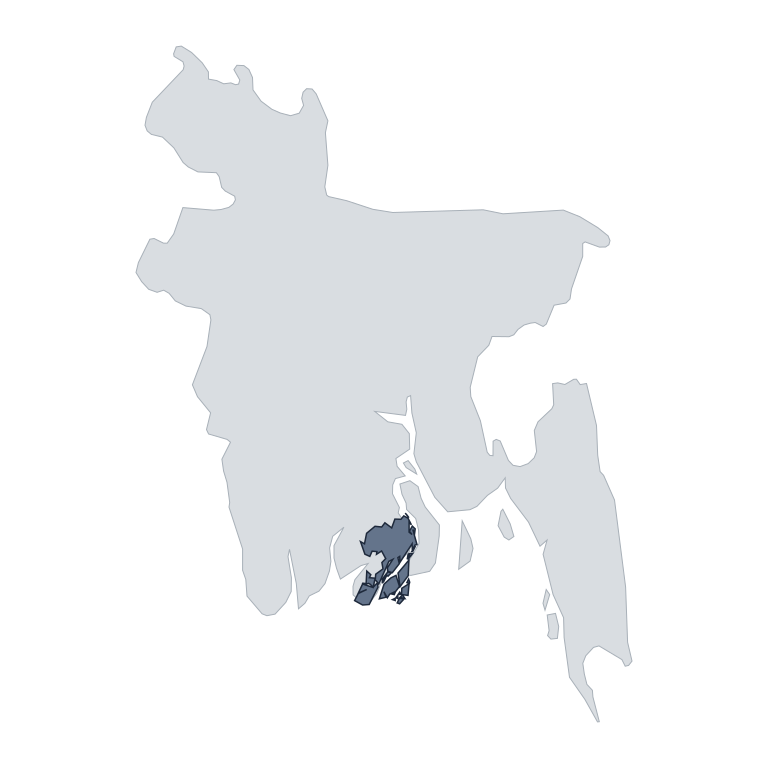 Patuakhali, Barisal, Bangladesh shown in context
{"feature_id": "16705992B49808088196813", "entity_name": "Patuakhali", "entity_type": "district", "adm_level": 2, "iso_a3": "BGD", "parent_name": "Bangladesh", "parent_adm1": "Barisal", "projection": "orthographic", "projection_center": [90.354, 22.181], "detail": "medium", "context": "in_parent", "style": "filled", "palette": "slate", "viewbox_px": 768, "rotation_deg": 0, "n_neighbors": 0, "source": "geoboundaries", "source_scale": "gbopen_adm2", "svg_char_len": 5589}
<svg xmlns="http://www.w3.org/2000/svg" viewBox="0 0 768 768"><path d="M242.6,570.3L242.6,549.0L229.0,507.1L229.7,502.5L227.0,482.3L223.6,471.1L221.9,459.2L230.5,442.2L227.1,439.4L208.6,434.0L206.5,429.6L210.6,412.8L197.5,396.7L192.4,384.8L207.0,346.5L210.9,319.9L209.9,314.7L201.3,308.6L186.0,306.1L175.3,300.9L169.1,293.3L163.7,290.2L157.1,292.3L148.7,289.3L141.7,281.7L136.0,272.5L138.4,262.6L149.9,239.2L154.1,238.5L163.6,243.2L167.2,243.2L173.7,234.0L182.9,207.6L213.7,210.2L221.1,209.5L228.8,207.4L233.1,204.1L235.4,199.9L234.7,196.2L225.3,191.1L221.7,187.4L219.2,176.7L216.4,172.7L197.9,171.9L188.3,167.0L183.1,162.5L173.9,147.9L162.5,137.1L151.4,134.4L147.2,130.9L145.0,125.3L146.4,117.4L152.3,102.2L183.2,69.7L184.1,66.0L183.0,61.8L174.1,56.4L173.6,53.8L176.2,46.9L181.3,46.1L191.6,52.5L202.2,62.8L208.4,71.9L208.5,79.1L216.8,80.6L223.7,83.8L230.9,82.9L235.5,84.7L238.6,84.1L239.8,80.0L233.9,69.6L236.9,65.3L243.9,65.6L248.9,69.5L252.5,77.5L253.0,89.9L261.1,101.2L271.9,109.3L280.3,113.0L290.5,115.7L299.2,113.2L303.6,105.4L301.7,98.4L303.1,92.2L306.6,88.7L312.1,89.0L316.2,93.9L327.9,120.8L325.4,132.7L327.9,165.3L324.8,186.9L326.7,195.1L328.7,196.6L346.7,200.7L372.8,209.3L392.8,212.5L483.2,209.8L503.0,213.8L563.3,210.1L579.8,216.7L597.9,227.7L608.1,235.9L610.0,240.6L608.9,244.7L605.6,247.0L599.4,247.1L585.1,241.9L582.7,243.5L582.7,256.4L571.5,288.9L570.0,299.0L566.0,303.0L554.1,305.2L546.3,324.1L543.1,326.5L535.2,322.5L530.3,323.2L524.1,325.0L518.0,329.4L513.8,334.8L509.0,336.7L492.0,336.5L488.8,345.3L477.7,356.8L470.2,387.3L470.8,396.6L480.4,420.8L487.2,452.2L489.8,455.4L493.0,455.7L493.1,441.2L496.2,439.4L500.2,441.0L508.4,460.4L513.0,465.3L520.1,466.6L528.2,463.6L534.2,457.8L536.6,451.6L534.3,430.5L538.0,421.8L551.8,408.8L553.7,404.8L552.6,383.6L557.8,382.9L564.9,384.5L573.7,379.3L576.4,379.2L580.2,384.6L586.5,383.5L596.5,425.5L597.7,455.2L600.1,471.6L603.6,475.3L614.5,500.0L625.6,587.0L627.6,642.3L632.0,661.1L628.6,665.4L625.2,666.2L621.9,659.6L599.0,645.9L593.5,647.4L585.8,655.7L582.8,663.3L584.3,673.9L586.9,684.4L592.4,690.3L592.9,696.9L599.3,721.7L597.5,721.9L584.9,699.4L569.5,677.3L564.1,637.4L563.6,617.7L553.1,594.6L543.1,554.3L547.1,540.0L540.0,546.2L528.5,522.1L510.7,498.5L505.5,488.0L505.2,477.8L497.7,488.1L487.4,495.4L476.9,506.4L469.9,509.7L447.7,511.8L434.8,497.3L416.3,461.8L413.9,453.7L416.3,432.8L411.9,413.0L410.6,395.6L407.3,397.1L406.1,401.9L406.8,409.3L405.5,415.4L374.7,411.4L387.8,421.8L401.9,424.3L409.3,433.6L409.7,449.1L395.9,458.5L397.1,466.3L405.2,475.9L395.4,478.6L392.7,484.9L392.5,493.8L399.4,507.5L398.2,512.9L409.9,530.8L412.2,539.4L409.3,551.5L384.0,576.1L376.7,593.5L370.4,601.7L362.6,603.2L353.1,594.9L353.0,586.4L354.9,579.7L368.1,563.5L361.0,565.6L340.4,579.1L336.5,568.1L334.0,558.0L334.0,545.6L343.9,527.2L332.7,536.3L329.6,547.9L330.9,561.4L329.4,571.1L325.0,583.6L319.0,591.1L309.3,595.9L304.9,603.3L298.5,608.8L296.3,583.5L289.5,549.3L288.0,556.6L291.4,577.8L291.2,591.5L285.8,602.4L275.1,614.1L266.9,615.7L262.1,613.8L247.0,596.1L245.8,579.5L242.6,570.3ZM429.7,571.3L410.9,575.4L401.3,574.2L419.1,543.4L418.5,529.7L415.7,518.5L406.6,509.5L406.1,503.1L402.0,494.3L399.9,484.0L409.9,480.7L418.1,486.6L421.1,498.3L425.2,507.0L439.4,525.0L439.2,536.0L435.4,563.0L429.7,571.3ZM470.1,561.1L458.7,569.3L462.2,520.8L470.8,538.8L473.0,548.4L470.1,561.1ZM513.9,536.5L508.9,540.0L504.2,537.1L498.1,525.7L501.0,511.3L502.8,509.2L510.2,523.9L513.9,536.5ZM557.4,638.4L550.9,639.1L547.6,635.6L549.1,630.7L547.2,615.0L555.5,613.4L558.7,626.5L557.4,638.4ZM549.7,594.6L545.0,610.2L543.0,603.3L546.2,589.5L549.7,594.6ZM414.8,469.1L416.7,474.1L406.2,467.6L403.4,463.0L408.1,460.6L414.8,469.1Z" fill="#d9dde1" stroke="#a8b0b8" stroke-width="1"/><path d="M362.8,583.2L362.6,583.6L364.1,584.4L368.6,583.4L370.0,584.1L373.2,587.2L374.9,579.3L378.8,583.9L388.9,561.3L392.8,559.4L387.4,567.8L387.8,571.3L392.3,572.7L399.3,563.7L397.9,557.6L399.7,556.4L400.0,562.3L412.1,543.8L412.3,549.7L415.1,545.0L417.0,544.6L412.8,529.5L414.7,532.8L415.2,528.9L412.3,526.1L409.4,531.3L412.1,534.5L409.1,532.2L409.1,522.3L411.4,524.8L408.0,518.2L403.8,515.9L400.9,519.3L394.9,519.1L391.7,527.9L384.9,522.8L381.7,527.0L375.0,526.3L366.6,533.3L364.5,543.8L360.5,541.6L364.9,554.2L369.8,556.4L372.1,551.2L376.9,551.6L376.5,554.3L381.6,551.0L385.7,558.6L381.9,562.5L383.0,568.9L375.7,574.2L375.4,578.2L369.4,577.7L370.8,574.7L366.8,571.1L366.1,583.6L362.8,583.2ZM378.0,587.2L377.3,582.9L373.0,587.5L362.6,584.0L358.3,593.1L366.7,589.5L358.2,593.5L354.6,600.6L362.6,605.0L369.2,604.5L378.0,587.2ZM399.5,586.4L396.0,575.4L390.9,577.9L384.0,584.2L379.4,598.8L386.1,597.2L383.9,591.7L387.3,597.8L389.7,594.2L395.8,591.3L399.5,586.4ZM408.9,560.1L398.0,573.1L400.1,586.6L408.2,575.7L408.9,560.1ZM409.1,583.6L401.8,588.3L401.5,594.5L408.0,595.4L409.1,583.6ZM404.1,598.9L399.4,598.4L397.2,602.9L399.6,603.8L404.1,598.9ZM388.0,576.2L391.5,572.7L387.7,572.0L382.3,579.2L382.5,581.5L385.3,576.0L386.8,575.3L388.0,576.2ZM412.8,553.3L409.2,553.6L409.6,555.2L409.0,557.6L408.0,559.5L412.8,553.3ZM404.9,598.5L402.6,595.0L400.0,597.4L404.9,598.5ZM383.6,581.8L386.7,575.5L382.2,582.8L383.6,581.8ZM391.2,593.9L394.3,594.6L395.3,592.1L391.2,593.9ZM408.6,579.1L406.9,582.6L409.4,583.3L409.7,582.2L408.6,579.1ZM408.9,517.7L407.0,515.1L405.2,513.1L408.9,517.7ZM392.5,599.6L395.2,600.5L395.1,598.3L392.5,599.6ZM398.4,594.5L400.9,594.4L399.7,592.2L398.4,594.5ZM395.9,597.7L397.7,598.5L397.9,594.8L395.9,597.7ZM412.9,551.2L415.5,546.0L411.9,551.3L412.9,551.2ZM407.2,559.3L408.9,557.2L409.1,553.8L408.1,554.3L407.2,559.3Z" fill="#64748b" stroke="#1e293b" stroke-width="1.5"/></svg>